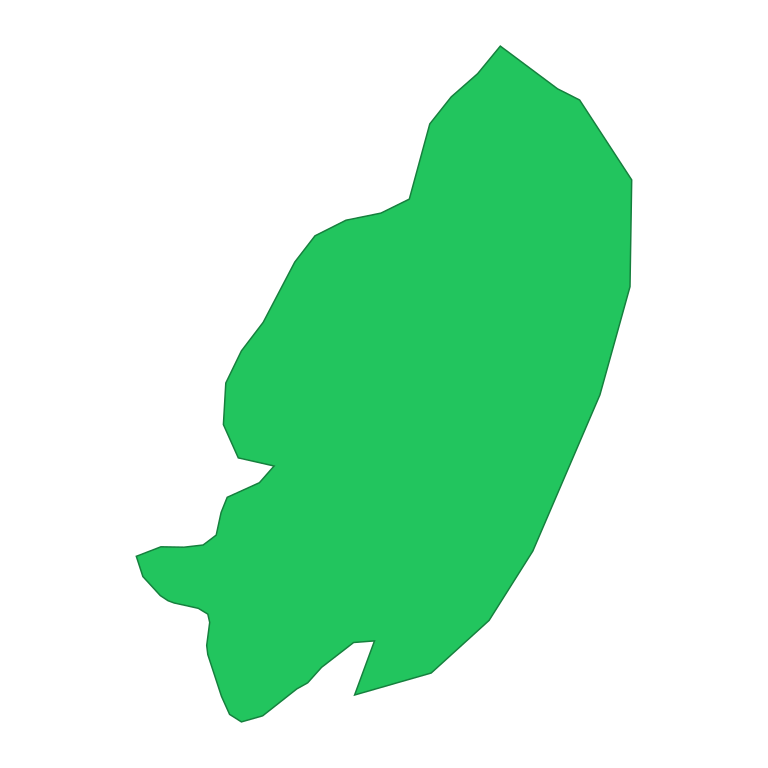 the border of Guimaras
{"feature_id": "PHL-2530", "entity_name": "Guimaras", "entity_type": "Province", "adm_level": 1, "iso_a3": "PHL", "parent_name": "Philippines", "parent_adm1": "", "projection": "albers", "projection_center": [122.577, 10.591], "detail": "fine", "context": "isolated", "style": "filled", "palette": "green", "viewbox_px": 768, "rotation_deg": 0, "n_neighbors": 0, "source": "natural_earth", "source_scale": "10m", "svg_char_len": 740}
<svg xmlns="http://www.w3.org/2000/svg" viewBox="0 0 768 768"><path d="M579.6,100.0L631.7,179.9L630.0,286.7L599.9,394.9L532.8,551.1L489.1,620.4L431.2,673.0L354.6,695.0L374.5,640.9L353.6,642.5L321.6,667.3L307.7,682.8L296.8,688.9L262.7,715.8L241.4,721.9L229.6,714.4L221.5,696.4L207.8,654.6L206.7,645.4L209.7,622.4L207.8,614.1L198.2,608.3L174.2,603.0L168.0,600.7L160.3,595.6L142.9,576.6L136.3,556.3L160.9,546.8L184.0,547.2L203.1,545.0L216.2,535.1L221.1,512.5L227.2,497.3L259.4,482.7L274.1,466.0L238.3,457.9L223.4,424.6L225.8,383.0L241.4,350.9L263.2,322.3L294.8,262.0L315.0,235.8L346.0,220.2L380.9,213.1L409.3,199.1L429.8,123.9L451.2,96.9L477.6,73.7L500.3,46.1L557.5,88.8L579.6,100.0Z" fill="#22c55e" stroke="#15803d" stroke-width="1.5"/></svg>